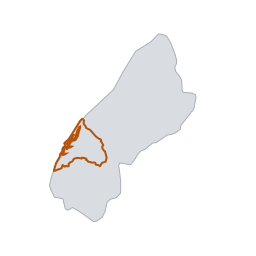 where Usulután sits in El Salvador, rotated 111°
{"feature_id": "SLV-1354", "entity_name": "Usulután", "entity_type": "Department", "adm_level": 1, "iso_a3": "SLV", "parent_name": "El Salvador", "parent_adm1": "", "projection": "mercator", "projection_center": [-88.42, 13.427], "detail": "medium", "context": "in_parent", "style": "outline", "palette": "amber", "viewbox_px": 256, "rotation_deg": 111, "n_neighbors": 0, "source": "natural_earth", "source_scale": "10m", "svg_char_len": 2868}
<svg xmlns="http://www.w3.org/2000/svg" viewBox="0 0 256 256"><g transform="rotate(111 128 128)"><path d="M90.3,74.7L92.4,75.1L106.4,79.5L110.5,78.7L115.8,82.2L118.3,85.0L120.5,88.8L131.5,96.4L133.4,99.8L141.6,104.3L144.9,107.8L148.4,109.2L155.3,110.5L161.2,112.3L161.9,113.6L162.4,118.7L163.7,123.1L166.5,123.3L169.9,121.2L180.9,115.5L191.4,111.6L197.2,113.9L200.7,118.7L204.7,120.9L213.0,119.6L220.5,120.0L226.4,124.2L227.7,126.6L224.1,140.6L222.8,146.6L222.2,151.6L224.3,152.9L226.3,154.9L225.9,157.6L219.5,162.1L217.4,163.3L218.9,171.9L214.1,177.1L209.7,180.8L202.0,181.9L188.9,182.3L169.2,178.0L154.6,172.2L146.8,172.2L149.3,174.1L155.5,175.3L163.6,179.4L161.3,180.6L131.6,172.0L97.4,155.3L76.9,152.7L53.5,148.3L39.6,137.7L29.2,133.2L28.3,129.2L28.4,124.7L33.1,118.8L41.9,110.8L47.7,106.6L50.5,105.8L54.3,106.2L58.0,103.9L61.2,98.4L64.5,94.8L73.0,91.2L74.9,89.8L74.2,86.7L72.4,80.7L72.7,77.0L75.5,75.3L78.8,74.9L85.6,73.4L88.6,73.7L90.3,74.7Z" fill="#d9dde1" stroke="#a8b0b8" stroke-width="1"/><path d="M194.6,181.6L193.8,182.0L186.6,182.6L178.9,181.4L176.9,182.0L174.6,181.4L174.6,180.9L176.5,180.7L176.6,179.4L175.6,177.8L174.1,176.7L174.4,177.4L175.4,178.8L175.8,179.7L172.8,179.6L171.3,179.7L170.0,180.2L170.8,180.6L172.3,180.3L173.4,180.2L173.4,180.9L171.5,181.7L169.4,181.6L167.7,180.6L167.2,178.5L168.3,179.1L169.5,177.9L169.5,177.4L168.0,176.7L166.5,174.5L165.4,173.8L165.7,175.1L166.2,176.1L166.4,177.0L166.0,177.9L164.8,177.2L161.3,176.3L159.8,175.5L158.4,173.0L157.7,172.6L156.8,172.6L154.0,172.0L152.8,172.0L149.4,172.6L144.7,172.8L143.7,173.2L144.8,174.0L145.5,174.1L146.0,173.8L148.4,174.4L155.1,173.7L155.8,173.8L156.9,174.4L158.5,176.2L159.2,176.7L159.2,177.4L156.5,176.9L154.0,176.1L154.0,176.7L160.9,178.1L164.4,179.3L166.0,180.9L165.4,181.9L164.0,181.6L162.3,180.8L161.2,179.9L160.0,179.3L138.4,175.3L135.8,174.1L135.8,173.9L136.1,172.7L136.8,171.8L137.7,171.5L139.4,171.2L140.2,170.6L141.4,168.5L142.9,167.1L143.1,166.5L143.2,163.8L143.4,162.7L143.8,161.8L147.6,154.6L148.3,152.0L148.5,149.4L149.0,148.7L150.3,148.5L150.4,148.0L152.8,145.0L154.7,145.4L156.4,144.4L157.6,142.6L158.1,141.1L163.3,137.3L166.7,136.9L167.7,137.0L168.9,138.7L170.2,139.8L170.9,140.0L172.9,140.3L173.7,140.6L173.2,142.5L173.7,144.2L173.8,144.7L173.4,145.3L172.6,145.6L172.2,146.4L172.4,147.4L173.5,149.9L173.3,151.1L173.7,153.0L173.6,153.4L172.9,154.2L172.7,156.0L172.4,156.1L172.1,155.8L171.8,155.8L171.6,156.1L171.6,156.7L172.0,159.9L172.2,160.3L172.8,160.2L173.1,160.3L173.2,160.5L173.5,162.5L173.9,164.0L174.3,165.0L175.2,166.3L175.9,167.2L177.2,167.7L178.8,167.9L179.6,168.4L180.9,169.8L181.6,169.9L182.3,170.4L182.7,170.5L183.2,170.4L184.4,169.8L185.0,169.9L185.3,170.2L185.5,170.7L185.6,172.2L185.7,172.5L186.6,173.1L186.9,173.6L186.2,174.7L186.1,175.7L186.5,175.9L188.7,175.6L189.5,175.7L194.6,181.6Z" fill="none" stroke="#b45309" stroke-width="2"/></g></svg>